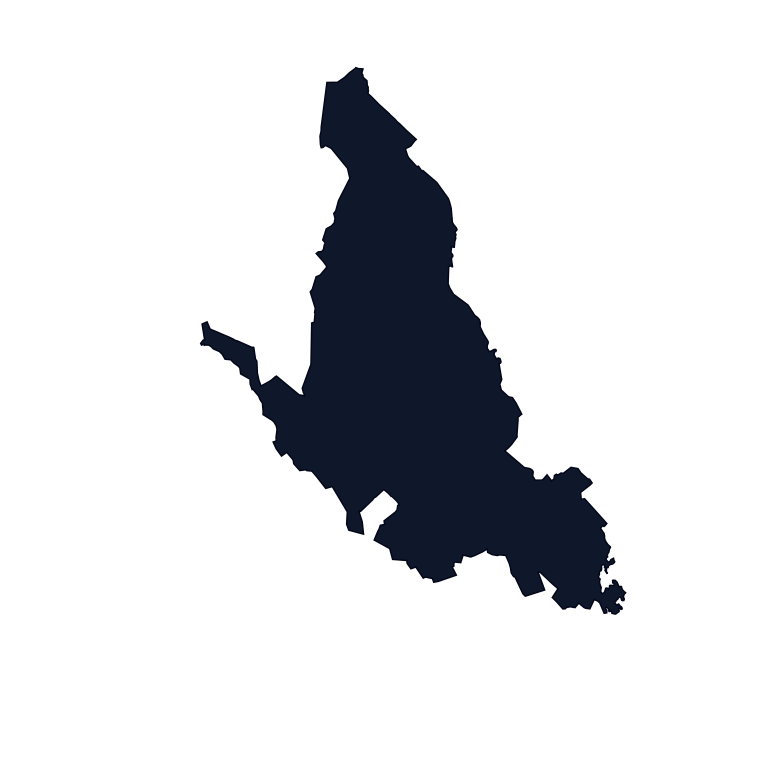 Pušas pag., Rezeknes, Latvia, rotated 247°
{"feature_id": "27541924B59366467531122", "entity_name": "Pušas pag.", "entity_type": "district", "adm_level": 2, "iso_a3": "LVA", "parent_name": "Latvia", "parent_adm1": "Rezeknes", "projection": "robinson", "projection_center": [27.179, 56.243], "detail": "fine", "context": "isolated", "style": "filled", "palette": "ink", "viewbox_px": 768, "rotation_deg": 247, "n_neighbors": 0, "source": "geoboundaries", "source_scale": "gbopen_adm2", "svg_char_len": 6110}
<svg xmlns="http://www.w3.org/2000/svg" viewBox="0 0 768 768"><g transform="rotate(247 384 384)"><path d="M510.3,245.4L510.3,240.0L495.0,236.2L495.0,234.6L493.0,231.1L491.2,231.2L491.3,232.0L490.9,232.5L491.0,234.1L489.8,233.8L489.7,234.8L488.3,237.8L486.0,239.5L482.9,240.7L478.2,245.2L474.6,246.7L468.9,247.4L466.5,251.9L465.8,252.6L461.9,254.1L457.2,256.9L455.2,257.6L449.3,256.0L440.8,262.6L436.3,260.8L430.4,260.5L430.4,261.3L421.8,263.9L418.0,263.8L413.9,264.6L405.9,262.0L403.1,260.7L394.7,266.6L392.3,267.8L387.7,268.5L384.0,267.8L376.9,263.7L373.7,262.6L373.9,259.3L366.6,259.5L357.7,261.5L359.1,267.8L349.7,270.7L345.8,269.8L337.2,272.7L335.7,278.4L334.6,278.9L332.0,283.6L325.4,285.7L310.7,289.6L309.8,296.3L280.7,300.3L269.5,294.8L263.2,294.5L253.8,306.5L265.7,310.1L276.9,311.2L275.9,312.6L281.9,328.5L283.0,330.0L283.3,332.4L287.0,342.6L281.9,345.2L277.8,346.7L277.5,347.3L273.5,349.1L270.3,350.3L266.5,350.9L266.9,349.2L263.1,346.9L261.7,344.5L258.0,330.6L254.5,329.7L255.4,325.4L252.4,322.8L251.2,321.2L244.2,314.0L230.3,325.0L219.2,323.4L212.6,336.1L209.9,335.2L203.4,336.6L203.1,341.8L190.0,344.3L190.1,346.7L186.0,352.6L182.1,352.3L181.1,356.9L179.8,375.9L189.2,375.2L188.9,376.8L189.3,377.3L190.9,377.8L192.2,378.9L192.4,379.8L189.6,384.8L195.6,390.0L190.9,396.2L190.7,400.1L191.0,409.3L191.9,414.4L188.4,413.7L184.7,416.9L181.9,421.2L181.5,423.7L178.6,429.1L170.0,429.2L165.3,428.6L160.3,427.3L156.0,428.1L155.4,429.2L136.6,429.9L133.5,431.1L131.6,451.4L150.5,452.3L149.9,454.1L134.5,460.8L127.6,464.2L121.7,455.5L115.9,457.9L107.0,460.8L106.3,463.2L107.0,464.6L106.2,468.4L103.5,472.5L106.2,477.7L100.1,480.8L98.8,482.0L96.6,485.6L103.4,493.2L100.9,495.8L98.2,497.1L86.9,497.1L86.3,499.6L88.5,500.7L90.2,500.2L91.3,500.3L91.4,501.2L91.1,502.0L90.6,502.3L88.8,502.8L88.2,502.8L87.4,502.3L86.6,502.3L86.3,503.7L86.7,504.1L86.7,504.4L85.8,504.7L83.9,504.2L81.9,506.8L81.8,507.7L82.7,511.5L83.5,511.9L84.8,511.9L85.5,512.6L85.6,514.1L85.2,514.2L84.8,513.7L84.2,513.8L83.9,514.1L83.9,515.3L84.5,515.6L86.1,515.5L87.4,514.6L89.6,514.1L89.8,513.9L89.5,513.2L89.7,512.9L89.5,512.2L89.7,511.8L92.0,511.0L93.1,511.3L93.2,512.3L94.5,513.6L94.3,514.0L94.5,514.8L95.6,516.4L96.0,517.9L94.9,518.6L92.0,518.3L91.5,518.8L91.0,520.1L91.9,521.0L92.8,521.3L94.0,521.1L95.5,521.8L96.9,523.4L97.3,524.8L97.6,524.9L98.4,524.2L101.8,523.0L104.8,523.4L105.2,522.7L105.4,521.9L105.2,521.6L105.4,521.1L110.4,521.1L112.8,520.2L114.0,518.2L113.8,517.6L111.5,516.9L111.2,517.1L110.9,517.8L109.8,517.9L109.4,517.2L108.7,516.9L108.9,515.8L109.6,515.2L110.4,513.1L110.2,512.8L108.9,512.2L107.3,510.5L108.6,510.0L109.3,509.0L109.3,508.3L106.3,505.7L105.7,504.3L106.1,502.7L108.4,502.4L111.8,504.4L116.0,504.6L118.0,505.2L119.8,506.6L120.4,506.7L121.4,506.0L122.6,506.0L124.7,508.0L126.3,508.4L127.6,510.3L127.4,511.0L128.1,511.6L129.3,512.4L131.4,512.9L132.0,513.8L132.1,514.3L131.7,515.7L131.1,516.3L130.2,516.2L129.2,515.3L127.3,515.8L126.2,514.6L122.6,515.1L122.6,515.6L123.1,515.8L124.3,515.3L127.4,516.8L127.7,517.4L127.5,518.6L128.8,519.6L129.3,520.7L129.4,521.5L129.0,524.1L129.3,525.3L129.7,526.4L130.5,527.0L131.5,526.7L133.9,527.2L133.7,524.3L132.4,522.6L132.1,521.5L132.6,520.9L135.1,519.8L135.6,519.9L136.7,520.5L137.4,521.6L137.3,522.1L137.5,522.3L139.3,522.7L140.6,524.0L141.3,525.2L143.9,527.0L145.1,528.6L145.6,528.7L148.9,527.3L152.3,526.6L154.9,526.6L156.9,527.1L157.8,527.7L159.4,527.8L160.2,528.2L166.6,526.9L168.2,530.0L166.9,530.8L167.1,531.8L168.5,534.6L200.0,523.8L200.8,520.5L207.4,522.6L210.6,534.5L211.6,536.9L216.1,536.0L217.1,534.4L225.3,530.5L230.3,529.5L234.2,523.6L231.7,514.1L232.9,512.2L232.2,508.5L233.6,507.4L233.2,505.2L230.0,503.2L229.5,500.4L236.7,498.6L234.1,493.4L233.9,491.6L236.4,485.6L241.2,484.9L244.8,487.0L246.5,486.9L248.3,485.9L249.5,484.7L252.3,480.5L275.2,469.1L276.7,473.7L278.5,477.8L283.3,485.9L285.2,486.5L298.9,493.5L301.0,494.3L302.2,497.8L302.4,499.0L314.8,498.1L321.3,496.9L323.6,493.6L332.5,489.6L338.6,490.5L342.1,494.1L357.7,497.8L357.7,499.2L358.0,499.7L358.8,500.4L359.6,500.5L362.1,500.7L363.3,499.3L363.0,497.8L363.2,497.4L367.5,496.7L368.3,496.9L370.4,498.3L370.2,499.7L371.2,500.5L371.7,500.5L372.3,500.1L372.8,498.8L372.5,495.4L372.6,493.7L376.4,493.0L378.7,493.8L381.4,496.2L383.1,496.4L391.2,495.1L399.2,494.8L402.8,496.6L405.9,497.0L408.6,496.1L411.8,494.3L423.8,492.2L439.5,483.0L447.3,482.0L450.7,482.2L451.5,482.3L466.7,489.4L466.8,491.1L466.7,491.5L465.3,492.4L465.2,492.9L472.1,494.7L473.8,495.6L474.5,497.1L475.4,497.6L476.6,497.6L479.0,497.0L482.9,499.3L484.2,499.4L482.4,502.1L487.5,504.8L490.1,507.0L491.7,507.3L493.5,508.7L495.8,508.4L497.5,511.5L497.8,511.6L499.5,511.6L503.4,510.4L506.0,510.1L519.5,514.5L525.5,515.4L528.2,515.6L529.9,515.6L548.9,511.3L565.3,503.2L565.0,502.1L571.0,500.8L571.4,499.0L582.6,495.1L585.1,494.9L591.4,495.5L592.0,495.9L592.3,496.9L592.3,498.9L592.6,501.7L595.7,507.1L596.5,509.3L608.9,503.6L617.6,500.0L620.5,498.5L622.9,497.8L629.5,494.8L630.4,494.6L643.2,488.7L654.3,484.3L657.5,482.7L660.4,484.4L661.5,484.5L663.5,485.5L664.2,485.2L666.1,485.5L669.8,486.8L673.4,485.1L674.8,484.7L677.0,485.3L677.9,484.9L679.1,485.3L681.6,487.2L682.1,487.8L682.3,487.8L684.3,483.7L686.2,481.7L685.8,481.2L684.0,473.8L681.6,467.4L679.9,459.0L683.9,449.3L645.2,426.7L641.5,425.0L637.1,421.9L629.4,419.1L626.1,418.5L625.6,420.0L626.5,423.4L621.6,427.5L596.8,434.7L586.6,432.9L570.7,413.9L561.8,406.9L561.8,406.3L561.0,405.3L560.8,404.5L555.5,403.6L551.8,401.2L550.0,397.3L549.4,391.5L540.5,383.9L537.0,385.0L536.2,384.5L535.5,383.5L531.8,381.0L530.8,379.8L530.4,378.8L530.5,377.8L531.3,375.1L530.6,372.6L520.3,376.0L515.4,377.1L513.9,376.9L509.2,367.7L509.2,363.4L499.2,355.0L497.6,352.1L480.5,350.3L476.9,348.0L475.7,348.0L468.2,344.0L468.4,341.3L430.7,324.5L412.0,307.1L407.8,306.5L404.0,306.6L403.8,306.3L404.5,306.0L407.2,301.6L433.3,288.1L433.2,286.8L431.6,281.9L431.1,279.1L430.2,270.0L436.3,270.3L443.5,271.7L454.8,275.9L457.1,275.4L468.5,278.4L468.8,278.1L468.2,277.8L480.8,266.0L480.6,265.9L483.5,263.0L483.8,263.1L486.7,260.6L502.5,245.4L510.3,245.4Z" fill="#0f172a" stroke="#020617" stroke-width="1.5"/></g></svg>